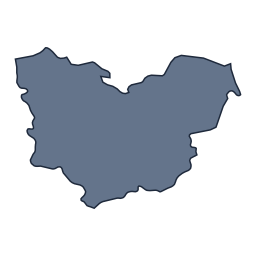 an SVG outline of Eure
{"feature_id": "FRA-5290", "entity_name": "Eure", "entity_type": "Metropolitan department", "adm_level": 1, "iso_a3": "FRA", "parent_name": "France", "parent_adm1": "", "projection": "equal_earth", "projection_center": [0.916, 49.079], "detail": "fine", "context": "isolated", "style": "filled", "palette": "slate", "viewbox_px": 256, "rotation_deg": 0, "n_neighbors": 0, "source": "natural_earth", "source_scale": "10m", "svg_char_len": 2849}
<svg xmlns="http://www.w3.org/2000/svg" viewBox="0 0 256 256"><path d="M15.4,59.1L33.1,55.8L40.0,52.8L42.9,50.6L45.5,47.8L46.8,47.8L47.7,48.1L49.6,49.2L52.5,51.7L57.5,57.3L60.4,58.4L64.0,58.1L66.7,57.2L71.2,64.3L78.2,65.3L92.5,62.0L94.6,62.8L101.9,68.8L107.9,71.3L109.8,73.3L109.9,77.7L100.8,76.4L102.9,82.2L107.5,84.8L112.8,86.3L117.2,88.9L119.9,91.6L122.6,93.2L125.4,93.6L128.8,92.5L127.7,89.3L129.0,86.7L131.5,84.9L141.3,82.6L142.8,81.6L144.9,78.2L147.9,76.1L151.4,75.2L162.4,75.8L164.3,74.5L170.9,62.3L174.9,57.7L181.3,55.4L203.5,58.1L224.4,66.1L230.6,63.7L231.1,69.3L235.5,83.0L239.6,91.4L240.6,94.5L240.5,94.8L240.2,95.0L239.4,95.5L238.3,95.6L237.2,95.3L236.7,94.9L236.4,94.7L234.6,92.5L233.3,91.4L231.9,90.8L230.2,91.0L228.8,91.8L226.8,94.3L226.6,94.8L226.9,96.1L227.7,98.5L223.2,106.2L216.0,127.2L210.2,129.9L190.9,133.7L189.5,134.9L189.3,136.3L190.8,139.0L191.1,140.3L191.2,141.4L191.1,142.1L190.7,143.7L190.4,144.7L190.6,145.9L191.3,146.8L192.5,147.3L194.0,147.4L195.3,147.7L196.2,148.3L196.1,149.9L195.9,151.3L196.1,152.5L196.9,154.9L190.8,158.1L190.1,159.2L189.7,160.7L191.0,164.8L191.0,166.3L190.6,168.3L189.5,169.6L188.2,170.5L184.6,172.0L182.1,173.4L178.7,176.0L177.1,177.9L176.1,179.8L175.5,181.7L174.4,184.4L172.9,185.8L171.3,186.8L167.7,188.2L161.3,191.4L160.6,191.7L159.9,191.8L159.7,191.7L158.2,190.9L156.9,190.4L155.4,190.2L150.0,190.6L148.4,190.5L146.8,190.3L145.5,189.7L141.3,186.6L139.5,186.1L138.6,186.2L138.1,187.0L138.1,189.5L137.7,190.6L136.8,191.3L135.8,191.6L135.4,191.7L135.1,191.7L132.0,191.4L130.1,191.6L128.0,192.2L126.7,193.2L125.7,194.5L124.9,195.9L123.5,197.4L122.0,198.0L120.4,198.3L118.8,198.1L117.2,198.1L102.8,201.6L100.8,202.5L99.1,203.7L94.2,208.2L90.2,206.7L88.7,206.3L87.0,205.6L84.8,202.7L83.8,201.6L82.1,201.0L81.1,200.2L81.0,198.8L82.0,197.6L83.2,196.5L84.4,195.2L85.0,194.0L85.4,193.0L85.6,191.8L85.6,191.6L85.6,191.4L85.0,190.1L83.7,187.8L82.9,186.7L81.8,185.9L80.1,185.0L74.5,183.7L72.3,182.7L70.4,181.3L63.4,173.0L62.8,171.5L62.4,170.1L62.1,168.9L61.3,167.6L60.1,166.8L57.9,167.0L55.2,168.5L53.8,168.9L52.3,168.9L40.6,166.1L37.1,166.3L35.6,166.2L34.2,165.8L32.0,164.0L31.2,163.1L30.6,161.4L30.4,160.0L33.0,154.5L33.6,153.6L34.7,152.2L35.1,151.1L35.3,149.8L35.3,147.0L35.5,144.5L35.8,143.0L35.8,142.5L35.7,141.4L35.1,140.0L33.8,138.3L29.6,135.6L28.5,134.6L27.8,133.4L27.2,131.9L27.1,130.5L27.8,129.1L28.9,128.8L31.6,129.1L32.7,129.0L33.4,128.4L33.5,127.6L33.3,126.2L32.6,124.3L32.4,122.6L33.0,120.7L33.9,119.3L34.6,117.9L34.3,116.6L31.9,113.0L30.5,110.3L28.9,105.4L26.9,103.0L25.2,101.7L23.7,100.9L22.7,99.9L21.9,98.5L21.4,97.1L21.5,95.6L21.7,95.0L22.1,94.6L24.3,94.0L25.7,93.3L27.0,92.4L27.7,91.2L27.4,90.0L26.0,88.8L24.5,88.4L21.3,88.1L20.0,87.5L18.9,86.2L16.9,82.6L16.9,80.7L17.3,77.6L17.3,75.7L16.8,72.8L16.8,67.2L15.5,59.7L15.4,59.1Z" fill="#64748b" stroke="#1e293b" stroke-width="1.5"/></svg>